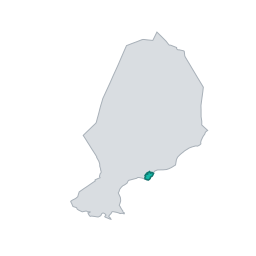 Madarounfa, Maradi, Niger (highlighted), rotated 327°
{"feature_id": "23599985B10786712449018", "entity_name": "Madarounfa", "entity_type": "district", "adm_level": 2, "iso_a3": "NER", "parent_name": "Niger", "parent_adm1": "Maradi", "projection": "orthographic", "projection_center": [7.181, 13.281], "detail": "fine", "context": "in_parent", "style": "filled", "palette": "teal", "viewbox_px": 256, "rotation_deg": 327, "n_neighbors": 0, "source": "geoboundaries", "source_scale": "gbopen_adm2", "svg_char_len": 3709}
<svg xmlns="http://www.w3.org/2000/svg" viewBox="0 0 256 256"><g transform="rotate(327 128 128)"><path d="M193.5,173.4L191.4,173.5L190.3,173.9L188.8,175.1L187.1,175.6L185.1,176.7L183.9,177.5L182.7,178.2L181.0,179.8L180.5,181.0L178.9,181.3L176.5,181.1L175.0,179.9L171.6,178.8L169.4,178.3L168.4,178.1L163.1,178.0L157.6,178.6L154.7,179.2L154.2,179.3L152.6,180.1L151.3,181.0L147.7,184.9L142.9,184.8L140.1,184.4L137.7,183.8L134.3,182.0L130.1,179.3L128.5,178.9L127.0,178.7L126.6,178.7L121.6,181.5L120.6,181.4L119.4,181.7L118.7,182.4L118.1,182.8L117.5,182.8L116.7,182.7L116.0,182.2L115.2,181.5L113.1,178.4L112.7,177.9L111.8,177.0L110.4,175.6L109.4,174.9L108.8,174.8L108.0,174.9L104.1,173.6L100.1,172.3L99.2,172.5L98.6,172.8L97.2,173.7L95.6,173.8L93.5,173.8L92.4,173.6L90.5,173.9L89.3,174.3L87.7,174.9L85.6,176.6L85.0,176.8L84.5,177.1L83.8,181.9L83.2,183.3L82.1,185.2L80.0,187.0L78.6,188.0L78.6,189.5L78.4,191.9L78.4,193.6L78.5,194.7L78.2,195.2L78.1,195.7L78.2,196.4L78.5,196.7L78.7,197.2L78.6,197.5L77.9,197.9L77.2,196.8L76.2,196.1L75.2,195.7L74.5,195.1L74.1,194.4L72.8,192.8L69.7,189.8L69.4,189.8L68.9,189.6L68.0,190.0L67.4,190.4L67.0,190.6L66.5,190.6L65.0,191.0L63.8,191.5L63.7,191.9L64.2,194.1L64.0,195.3L63.4,194.7L61.8,192.4L60.6,190.7L60.4,190.4L60.2,189.8L60.4,189.5L60.8,189.4L61.9,189.2L62.1,189.0L62.2,188.5L62.0,187.7L61.5,186.5L60.8,185.7L60.5,185.6L59.8,185.5L59.1,185.6L57.8,186.5L57.2,186.7L55.8,186.6L54.6,186.4L53.9,185.9L51.7,183.9L49.3,181.9L48.3,181.6L48.1,181.4L47.9,179.8L48.0,178.0L48.2,177.5L49.2,177.9L50.3,178.0L50.6,177.7L49.8,177.0L48.5,176.3L48.1,175.3L47.8,175.0L47.2,174.6L46.6,174.4L45.9,174.1L45.5,173.8L44.8,173.7L44.0,173.4L43.0,171.8L42.0,170.2L41.4,168.9L41.2,168.2L41.5,166.9L41.2,166.4L40.1,165.1L39.1,163.9L39.4,162.0L39.7,160.5L39.7,159.5L39.9,159.0L40.0,158.3L40.7,158.2L42.3,158.2L45.6,158.6L48.2,158.3L48.4,158.3L50.2,156.7L52.3,155.0L55.4,154.9L58.7,154.8L61.3,154.8L65.1,154.7L68.2,154.6L71.7,154.6L71.9,153.8L72.1,153.6L72.4,153.6L75.0,154.0L77.5,154.5L77.7,153.0L79.9,151.1L81.1,150.8L81.4,150.4L81.8,149.8L82.1,148.8L82.2,148.1L82.7,147.6L83.0,146.5L83.5,144.7L84.7,142.7L85.4,140.1L85.6,137.5L85.7,135.6L86.1,135.2L86.2,131.7L86.2,128.2L86.2,125.3L86.3,121.6L86.3,118.4L86.4,115.0L86.4,111.8L86.4,109.8L88.9,109.3L91.4,108.8L95.1,108.1L99.1,107.3L103.5,106.5L104.5,106.0L107.8,103.0L109.3,101.7L112.3,99.0L114.5,96.9L117.4,94.3L120.5,91.7L122.9,89.6L126.7,87.2L132.4,83.6L138.1,80.0L143.7,76.3L149.4,72.7L155.0,69.1L160.5,65.4L166.1,61.7L171.6,58.1L177.3,59.3L182.7,60.5L188.1,61.6L189.4,62.3L192.4,64.8L196.3,67.9L196.4,68.0L196.6,68.0L200.0,66.0L204.5,63.3L206.0,70.1L207.2,75.8L207.5,79.6L207.6,80.5L208.0,81.2L208.9,81.8L212.6,87.0L211.9,88.0L212.5,89.7L213.5,90.3L216.5,93.4L216.9,94.1L216.8,94.6L214.9,98.4L214.7,99.4L214.5,104.2L214.4,107.6L214.2,112.3L214.0,117.9L213.8,122.6L213.6,128.9L213.4,134.8L210.6,138.2L205.5,144.1L201.4,148.9L199.4,152.2L195.4,158.4L193.6,162.4L192.2,164.6L191.5,165.5L192.2,168.4L193.5,173.4Z" fill="#d9dde1" stroke="#a8b0b8" stroke-width="1"/><path d="M119.2,176.4L119.6,176.7L119.6,177.3L119.2,177.3L118.4,177.0L118.5,176.5L117.7,176.5L117.3,176.8L117.0,177.0L116.5,177.0L116.5,178.0L116.0,178.1L115.5,178.6L115.0,179.0L114.9,179.3L114.8,179.6L114.6,179.8L114.8,180.2L115.2,180.8L115.5,181.3L116.8,182.7L117.7,182.7L118.4,182.6L119.2,182.3L119.7,181.9L120.1,181.4L120.5,181.4L122.1,181.5L123.0,181.1L123.2,180.9L124.7,180.0L124.3,179.2L124.3,178.8L123.8,178.3L123.5,178.3L123.3,178.0L122.9,178.3L122.5,178.3L122.3,178.2L122.3,177.9L122.5,177.6L122.5,177.3L122.4,177.1L122.4,176.7L122.4,176.3L121.6,176.4L121.2,176.2L120.6,176.2L119.7,176.1L119.3,176.1L119.2,176.4Z" fill="#14b8a6" stroke="#0f766e" stroke-width="1.5"/></g></svg>